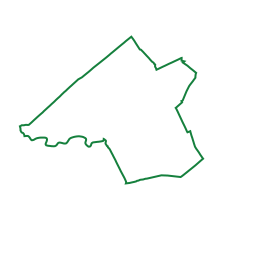 the district of Thanh Hoa, Long An, Vietnam, rotated 143°
{"feature_id": "81297802B63095135263844", "entity_name": "Thanh Hoa", "entity_type": "district", "adm_level": 2, "iso_a3": "VNM", "parent_name": "Vietnam", "parent_adm1": "Long An", "projection": "orthographic", "projection_center": [106.215, 10.693], "detail": "fine", "context": "isolated", "style": "outline", "palette": "green", "viewbox_px": 256, "rotation_deg": 143, "n_neighbors": 0, "source": "geoboundaries", "source_scale": "gbopen_adm2", "svg_char_len": 4923}
<svg xmlns="http://www.w3.org/2000/svg" viewBox="0 0 256 256"><g transform="rotate(143 128 128)"><path d="M129.8,70.1L125.0,66.2L115.5,57.2L114.6,57.1L112.2,57.1L96.6,57.6L90.1,58.1L86.8,58.3L86.5,58.3L86.5,59.9L86.4,61.2L86.4,62.3L86.2,64.9L86.1,65.6L86.0,68.8L86.0,70.1L85.8,72.3L85.7,72.9L85.2,74.3L84.6,76.1L84.3,76.8L83.2,79.9L82.7,81.2L81.9,83.7L81.2,85.5L80.7,86.8L80.2,88.0L82.2,88.5L83.1,88.8L83.0,89.7L82.3,92.7L81.6,96.1L81.0,99.3L80.7,100.8L80.3,102.6L79.6,105.9L78.9,109.2L78.5,111.0L77.8,114.7L77.8,115.3L77.6,115.3L75.1,115.5L69.7,115.9L69.3,116.0L69.1,117.3L68.8,117.2L67.7,117.1L59.2,122.1L53.9,124.7L52.3,125.2L48.6,126.2L47.8,126.4L47.0,126.7L43.9,127.6L43.3,128.4L42.0,129.8L41.1,130.6L40.4,131.0L41.5,135.6L42.2,138.1L43.0,141.9L44.8,147.2L42.9,147.3L44.7,149.5L43.0,151.7L43.2,151.8L46.4,152.4L51.1,153.4L53.1,153.8L56.6,154.6L61.1,155.5L62.9,155.9L67.9,156.9L70.2,157.4L69.9,158.3L69.7,158.8L69.6,159.2L69.5,160.0L69.5,160.5L69.3,160.9L69.2,161.1L68.9,161.5L68.4,161.9L68.3,162.0L68.2,162.1L68.1,162.3L68.1,162.5L68.3,163.0L68.4,163.4L68.5,163.5L68.5,163.8L68.4,164.0L68.3,164.3L68.3,164.5L68.3,164.8L68.4,165.1L68.5,165.4L68.6,165.7L68.7,165.9L68.8,166.1L68.9,166.6L68.9,166.8L69.0,167.5L69.2,169.7L69.2,170.9L69.3,171.6L69.5,173.7L69.6,174.2L69.8,176.6L69.9,177.2L70.1,179.5L70.4,181.7L70.5,182.6L70.9,183.2L71.3,183.6L70.8,190.6L70.5,193.7L70.4,195.9L70.4,198.9L77.3,198.7L77.5,198.7L79.9,198.5L83.1,198.4L87.5,198.2L89.4,198.1L95.7,197.8L96.6,197.8L97.8,197.7L99.1,197.6L102.9,197.4L106.8,197.3L110.3,197.2L114.3,197.1L119.3,197.0L122.9,196.7L126.2,196.5L126.6,196.5L129.3,196.4L132.0,196.3L134.0,196.2L134.4,196.2L136.4,196.5L138.0,196.7L138.3,196.8L141.4,196.5L144.8,196.2L147.9,195.9L149.4,195.8L152.3,195.5L154.2,195.3L154.5,195.2L156.1,195.1L158.1,195.0L158.4,194.9L160.4,194.7L163.6,194.2L166.3,194.0L169.1,193.7L170.3,193.5L172.1,193.3L174.6,193.1L176.3,192.9L177.2,192.8L178.5,192.7L179.8,192.6L182.7,192.3L184.9,192.1L186.2,191.9L186.6,191.8L188.5,191.7L190.0,191.6L191.3,191.5L193.8,191.3L195.8,191.1L196.9,191.0L198.1,190.9L201.6,190.5L204.3,190.3L205.2,190.2L205.7,190.4L206.6,191.1L207.6,191.9L208.2,192.3L209.0,192.6L209.6,192.9L210.1,193.3L210.6,193.7L211.2,194.1L211.4,194.2L211.9,194.2L212.5,194.2L212.8,194.2L213.3,194.4L213.5,194.0L213.7,193.4L214.1,192.5L214.4,192.0L214.7,191.5L215.1,191.1L215.3,190.7L215.4,190.3L215.5,189.7L215.6,189.2L215.6,188.9L215.6,188.6L215.6,188.4L215.5,188.2L215.2,187.8L215.1,187.6L214.9,187.3L214.8,186.9L214.8,186.5L214.8,186.2L214.8,185.7L215.0,185.1L215.2,184.5L215.6,183.8L214.8,183.3L213.6,182.6L212.9,182.0L212.6,181.6L212.4,180.9L212.3,180.1L212.3,179.4L212.4,178.3L212.5,177.4L212.4,176.8L212.3,176.4L212.1,176.0L211.6,175.8L210.8,175.4L210.0,175.2L208.8,175.1L207.7,174.9L206.5,174.5L205.5,174.0L204.7,173.6L204.0,173.2L203.0,172.5L202.0,171.7L201.3,171.2L200.6,170.7L200.1,170.2L199.6,169.7L199.2,168.8L199.2,168.5L199.4,168.0L199.7,167.4L200.6,166.6L201.7,165.9L202.1,165.7L202.9,165.2L203.3,164.9L203.6,164.5L203.7,164.2L203.7,163.9L203.7,163.4L203.3,162.9L202.7,162.1L202.3,161.7L201.3,160.8L200.0,159.5L198.8,158.5L197.7,157.7L197.4,157.5L196.9,157.4L196.4,157.3L195.8,157.3L195.0,157.4L194.3,157.6L193.7,157.9L193.1,158.0L192.6,158.0L192.1,157.9L191.6,157.7L190.7,156.9L189.7,155.7L188.7,154.4L188.1,153.8L187.4,153.3L186.8,153.1L186.7,153.0L186.3,153.0L185.9,153.0L185.0,153.2L183.9,153.6L182.5,154.1L182.0,154.3L181.4,154.5L181.2,154.5L180.0,154.5L178.8,154.2L177.1,153.6L175.9,153.1L175.1,152.7L173.8,152.0L172.4,151.1L171.9,150.7L171.5,150.3L170.4,149.2L169.6,148.3L169.0,147.4L168.6,146.5L168.2,145.7L168.1,145.2L168.1,144.6L168.3,144.2L168.6,143.7L169.3,143.1L170.6,142.2L171.0,141.7L171.2,141.4L171.3,141.2L171.4,140.7L171.4,140.1L171.4,139.4L171.2,138.4L170.9,137.2L170.6,136.7L170.1,136.4L169.7,136.2L169.4,136.1L168.9,136.2L168.3,136.3L167.7,136.7L167.0,137.2L166.4,137.6L165.9,137.7L165.7,137.7L165.1,137.6L164.8,137.6L164.0,137.2L162.8,136.5L161.2,135.6L160.7,135.3L159.9,134.8L158.1,133.8L156.7,133.1L155.8,132.7L155.4,132.7L155.3,132.8L155.1,132.9L154.5,133.2L154.0,133.8L153.7,133.2L153.6,132.6L153.4,131.8L153.3,131.3L153.4,131.0L153.7,130.6L154.3,130.1L154.8,129.7L155.3,129.1L155.4,128.9L155.4,128.6L155.4,128.3L155.4,128.2L155.4,127.9L155.4,127.7L155.5,127.3L155.6,126.9L155.6,126.5L155.6,126.3L155.4,126.1L155.3,125.9L155.2,125.7L155.4,125.1L155.6,124.8L155.6,124.5L155.6,124.0L155.5,123.6L155.4,123.1L155.3,122.9L155.4,122.4L155.5,121.2L155.8,119.5L156.2,117.2L156.4,115.7L156.6,114.8L157.5,109.4L157.7,108.7L158.2,106.1L159.4,99.5L159.7,98.1L160.9,90.4L161.4,88.1L161.8,86.5L162.4,85.4L163.0,85.0L159.7,83.1L158.3,82.5L157.4,82.1L155.7,81.3L154.0,80.6L153.6,80.5L153.4,80.4L153.1,80.4L152.6,80.4L152.4,80.3L151.5,79.8L151.0,79.6L150.7,79.6L150.2,79.5L149.7,79.4L148.9,79.0L147.6,78.2L146.7,77.7L146.1,77.5L145.2,77.2L144.3,76.8L143.4,76.2L129.8,70.1Z" fill="none" stroke="#15803d" stroke-width="2"/></g></svg>